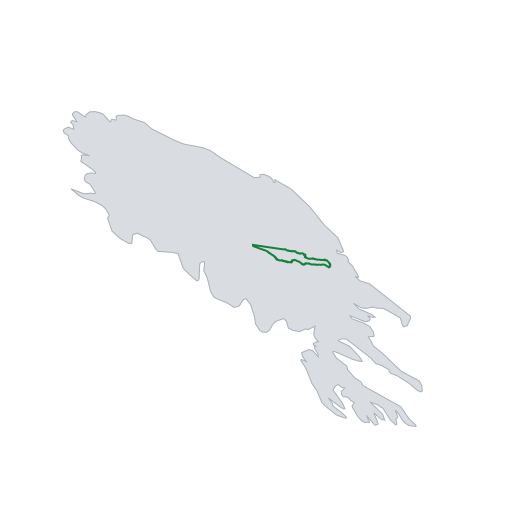 Hrunamannahreppur, Suðurland, Iceland shown in context, rotated 220°
{"feature_id": "244011B85072287894251", "entity_name": "Hrunamannahreppur", "entity_type": "district", "adm_level": 2, "iso_a3": "ISL", "parent_name": "Iceland", "parent_adm1": "Suðurland", "projection": "equal_earth", "projection_center": [-19.797, 64.432], "detail": "fine", "context": "in_parent", "style": "outline", "palette": "green", "viewbox_px": 512, "rotation_deg": 220, "n_neighbors": 0, "source": "geoboundaries", "source_scale": "gbopen_adm2", "svg_char_len": 8524}
<svg xmlns="http://www.w3.org/2000/svg" viewBox="0 0 512 512"><g transform="rotate(220 256 256)"><path d="M401.4,195.5L406.3,195.7L414.1,194.1L425.3,189.5L430.0,188.5L441.0,188.5L427.9,193.0L423.1,197.8L419.6,200.2L419.7,201.3L429.2,204.3L433.6,203.3L435.6,203.7L437.5,205.1L438.8,207.9L438.2,210.8L435.6,213.7L432.1,216.2L432.6,216.9L435.6,217.3L451.0,215.9L452.9,219.4L454.3,220.6L454.0,221.9L448.0,225.7L455.1,223.3L460.8,222.6L470.7,223.8L474.8,225.2L477.3,227.7L482.1,226.9L484.4,228.3L484.6,229.8L482.7,234.0L477.0,236.0L480.6,239.0L483.6,239.1L484.1,239.8L483.9,241.6L479.5,243.7L487.1,246.0L488.1,246.9L487.7,249.6L486.6,251.1L484.4,252.0L479.0,252.1L475.8,253.1L477.0,254.8L476.2,259.3L472.2,263.1L468.4,265.1L464.5,266.4L453.8,264.9L454.4,268.1L450.6,270.1L451.4,271.8L452.8,272.7L452.3,274.8L447.6,279.2L444.2,280.7L437.3,282.4L427.5,286.5L417.5,286.4L392.9,292.2L383.2,295.4L366.0,304.9L358.6,307.4L346.0,308.6L308.0,314.8L303.8,318.6L303.6,319.4L305.3,320.9L302.5,323.6L296.7,325.5L294.0,325.5L289.3,323.9L288.7,324.6L290.6,326.6L271.9,329.9L246.1,328.2L223.2,323.5L205.0,322.6L192.2,316.1L191.9,315.1L193.3,313.1L197.9,312.3L195.7,310.3L188.0,313.7L185.5,313.6L182.2,312.3L182.1,310.9L175.6,310.4L164.6,306.3L163.8,305.4L166.4,304.0L165.9,303.8L159.9,304.0L151.1,307.7L99.1,309.2L97.4,307.2L95.4,299.9L97.3,296.8L99.5,297.1L105.4,301.2L119.4,298.9L125.1,297.4L130.4,293.4L133.4,292.1L137.7,287.0L142.0,283.9L150.8,282.5L143.0,281.6L129.8,285.6L125.4,285.6L127.5,283.8L132.1,281.9L129.0,281.7L127.8,280.8L127.7,278.9L130.1,275.9L145.6,270.6L142.0,269.6L131.2,273.6L123.4,275.1L117.1,273.2L114.1,270.7L114.4,269.6L118.1,266.4L117.6,265.8L115.0,265.5L108.3,262.5L97.4,262.8L70.7,261.1L50.4,265.2L45.6,263.3L41.7,259.3L42.6,257.7L46.2,256.8L56.1,256.9L70.7,255.0L77.3,252.7L79.9,253.3L81.1,254.4L90.1,252.6L94.9,250.6L102.9,251.6L133.1,250.5L137.0,247.8L138.6,244.6L138.0,243.9L126.8,246.9L124.3,246.8L111.5,245.2L106.9,243.5L108.5,242.1L115.4,239.0L132.8,233.9L135.2,232.9L135.5,231.7L128.7,229.5L115.7,230.1L112.4,227.6L101.7,226.1L94.5,227.0L90.7,225.5L48.1,233.6L34.5,229.8L24.8,229.2L23.9,228.1L29.8,224.5L33.7,223.9L37.7,224.2L45.1,226.7L50.2,227.4L43.9,223.8L43.7,220.3L41.7,219.4L39.8,217.1L40.7,216.4L48.4,216.9L60.7,220.9L66.8,220.2L74.8,217.6L57.1,216.1L51.8,213.0L55.7,211.3L64.9,211.6L54.9,206.2L54.4,205.2L56.2,202.8L68.9,204.9L62.3,201.7L62.1,201.0L64.1,200.4L65.2,198.5L68.4,197.7L74.8,198.4L84.7,202.0L86.1,203.1L86.4,206.8L90.3,206.3L95.0,206.8L98.9,204.2L101.6,204.8L103.6,207.1L103.2,212.1L106.0,210.4L110.7,210.3L111.5,206.1L110.7,202.8L95.6,199.0L89.7,196.2L90.4,195.3L93.4,194.5L109.3,193.8L102.5,192.2L100.9,190.5L88.8,191.1L82.8,190.5L82.7,189.6L85.1,188.4L92.5,185.8L106.4,185.6L111.9,186.3L122.5,191.9L131.0,194.2L145.3,201.9L154.5,204.8L154.9,205.6L153.3,206.5L149.8,207.5L155.2,208.8L158.5,210.9L158.7,211.7L155.6,218.0L152.1,220.0L143.6,218.8L145.6,220.8L151.7,222.9L153.0,224.1L152.1,225.3L155.0,224.9L155.9,225.6L154.5,229.2L153.0,230.5L158.0,231.2L161.5,233.0L165.7,240.2L168.1,234.6L169.3,232.6L171.4,231.8L173.9,226.2L179.7,222.9L185.0,221.6L190.5,225.5L194.5,225.9L198.7,219.0L199.2,214.0L198.0,208.4L198.8,204.5L201.5,202.1L205.1,201.4L212.7,203.7L219.1,209.2L228.7,215.2L235.4,216.7L236.5,216.5L237.7,214.6L236.7,206.7L239.8,202.5L247.7,201.5L259.7,197.7L262.4,197.6L268.3,199.8L279.0,207.7L286.6,211.3L290.6,217.2L292.4,218.3L294.0,216.5L294.1,213.9L284.8,201.7L284.7,200.1L285.5,198.8L302.0,199.4L305.7,200.8L317.2,207.7L322.8,204.8L333.7,196.7L337.5,196.9L347.1,200.3L350.8,200.0L361.8,197.0L364.1,193.2L359.1,185.5L361.1,184.0L371.2,182.1L382.3,182.5L394.0,189.6L394.6,192.9L401.4,195.5Z" fill="#d9dde1" stroke="#a8b0b8" stroke-width="1"/><path d="M193.7,297.2L194.1,297.2L194.1,297.5L194.5,297.7L194.9,297.7L195.1,297.8L195.3,297.7L195.5,297.6L195.9,297.8L196.1,297.9L196.3,297.9L197.1,298.0L198.1,298.0L198.3,298.1L198.7,298.2L198.9,298.2L199.2,298.0L199.5,297.7L200.2,297.7L200.3,297.7L200.6,297.4L201.1,297.3L201.2,297.1L201.0,296.9L201.3,296.8L201.6,296.6L201.6,296.4L201.9,296.1L202.0,296.0L202.1,295.9L202.4,295.8L202.6,295.7L203.0,295.3L203.1,295.2L203.4,294.9L203.7,294.7L203.9,294.6L204.2,294.4L204.4,294.3L204.6,294.3L204.7,294.2L205.0,294.0L205.2,293.8L205.5,293.6L205.7,293.4L206.0,293.2L206.2,292.9L206.7,292.7L207.1,292.3L207.4,292.3L207.6,292.2L208.0,292.1L208.3,291.9L208.4,291.7L208.6,291.6L209.1,291.2L209.4,291.2L209.7,291.2L209.9,291.0L210.0,290.9L210.5,291.0L210.8,290.9L210.8,290.7L211.0,290.5L211.1,290.3L211.1,290.1L211.7,289.7L211.9,289.5L212.6,289.0L212.7,288.6L212.9,288.5L213.0,288.4L213.3,288.2L213.6,288.1L214.0,287.8L214.2,287.7L214.3,287.6L214.5,287.5L214.8,287.3L215.0,287.3L215.4,287.3L215.7,287.2L216.2,287.0L216.4,286.9L216.7,286.8L217.1,286.7L217.5,286.6L217.5,286.8L218.0,286.8L218.1,287.0L218.1,287.3L217.8,287.5L218.3,287.7L218.4,287.9L218.5,288.0L218.7,288.3L218.8,288.4L219.2,288.4L219.3,288.5L219.4,288.4L219.4,288.5L219.9,288.3L220.2,288.1L220.7,288.2L220.8,288.1L221.0,288.1L221.4,288.1L221.8,288.0L222.0,287.9L222.3,287.8L222.6,287.4L223.1,287.0L223.2,286.9L223.4,286.8L223.4,286.7L223.7,286.4L223.8,286.2L224.0,286.1L223.9,286.0L224.0,285.9L224.3,285.8L224.6,285.6L224.8,285.6L225.6,285.5L226.2,285.3L226.4,285.0L226.4,284.9L226.6,284.9L226.8,284.9L227.1,284.7L227.5,284.8L228.0,284.7L228.4,284.8L228.8,284.7L228.9,284.8L229.6,284.6L229.8,284.4L229.7,284.2L229.9,283.9L230.4,283.7L230.5,283.6L230.8,283.4L230.9,283.2L231.1,283.2L231.5,283.1L231.8,282.9L231.8,282.7L232.0,282.4L232.1,282.2L233.0,281.8L233.2,281.7L233.3,281.5L233.7,281.4L233.8,281.4L234.2,281.3L234.2,281.2L234.6,280.8L235.2,280.6L235.3,280.4L235.9,280.2L236.2,280.2L236.4,280.2L236.6,280.1L237.5,280.1L237.8,280.0L237.8,279.9L238.2,279.7L238.3,279.6L238.5,279.4L238.9,279.1L238.9,278.9L253.6,269.8L265.4,262.6L264.5,261.8L256.4,264.7L252.6,266.2L250.5,266.8L250.4,266.8L250.0,266.9L249.7,266.9L249.4,266.7L249.2,266.7L248.9,266.8L248.7,266.9L248.4,266.7L248.2,266.7L248.0,266.9L247.6,266.8L247.1,266.9L247.1,267.0L246.9,267.1L246.4,267.2L245.8,267.2L245.3,267.1L244.9,267.1L244.2,267.3L243.5,267.6L243.1,267.6L242.9,267.4L242.5,267.4L242.2,267.4L241.7,267.6L241.4,267.6L241.2,267.6L240.9,267.7L240.5,267.6L240.7,267.4L240.4,267.4L240.2,267.2L239.7,267.0L239.4,266.9L239.1,266.9L238.8,267.0L238.7,267.2L238.5,267.3L238.3,267.3L238.2,267.2L237.9,266.8L237.9,266.6L237.6,266.6L237.2,266.9L236.9,267.0L236.7,267.3L236.2,267.3L236.0,267.5L235.9,267.5L235.6,267.6L235.3,267.6L234.9,267.8L234.5,268.2L234.3,268.3L234.2,268.5L233.7,269.0L233.5,269.3L233.5,269.5L232.7,269.6L232.4,269.5L232.2,269.4L231.9,269.5L231.7,269.8L231.5,270.2L231.3,270.2L231.1,270.1L230.6,270.4L230.0,270.6L230.0,270.8L229.7,270.8L229.4,270.9L229.6,271.0L229.3,271.1L229.1,271.2L228.7,271.2L228.7,271.3L228.8,271.4L228.5,271.5L228.3,271.7L228.4,271.8L228.2,271.9L227.5,272.0L227.1,272.2L227.0,272.4L226.7,272.5L226.5,272.8L226.2,273.0L225.7,273.2L225.7,273.3L225.6,273.5L225.3,273.5L225.1,273.6L225.0,274.0L224.7,274.1L224.7,274.3L224.8,274.6L224.7,274.7L224.7,275.0L224.8,275.2L225.1,275.2L225.4,275.4L225.5,275.5L225.4,275.6L225.5,275.7L225.5,275.8L225.1,276.0L225.1,276.4L224.8,276.6L224.6,276.7L224.5,276.9L224.5,277.1L224.3,277.2L224.3,277.4L224.0,277.8L223.7,278.0L223.3,278.0L223.1,278.1L222.9,278.2L222.6,278.3L221.9,278.5L221.5,278.6L221.2,278.6L220.9,278.8L220.6,278.8L220.2,279.0L219.7,279.2L219.2,279.4L218.0,279.4L217.6,279.5L216.3,279.6L216.1,279.6L216.1,279.4L215.5,279.3L215.3,279.3L215.0,279.4L214.9,279.5L214.2,279.9L213.9,280.0L214.1,280.4L214.1,280.5L213.7,280.9L213.4,281.1L213.2,281.3L213.2,281.8L213.3,282.0L213.2,282.3L213.3,282.4L213.2,282.5L212.6,282.8L212.2,282.9L211.9,283.2L211.6,283.3L211.4,283.4L211.3,283.5L211.2,283.7L211.2,283.8L211.2,284.0L210.9,284.2L210.6,284.2L210.1,284.6L209.8,284.7L209.4,284.7L208.8,284.8L208.4,285.0L207.9,285.4L207.6,285.5L207.3,285.7L207.1,285.9L207.0,286.0L206.8,286.4L206.4,286.6L206.2,286.8L205.9,286.9L205.6,287.2L205.1,287.5L204.9,287.8L204.6,287.8L204.4,287.9L204.1,288.1L203.9,288.3L203.5,288.4L203.5,288.5L203.3,288.6L203.0,289.1L202.9,289.3L202.5,289.7L201.3,290.4L200.3,291.2L200.2,291.5L199.9,291.8L199.7,292.2L199.6,292.3L199.2,292.6L198.3,293.0L198.0,293.3L197.4,293.6L197.2,293.6L196.7,293.6L196.3,293.7L196.1,293.8L194.7,293.9L194.4,294.0L194.2,294.1L193.1,294.0L192.9,294.1L192.7,294.3L192.7,294.8L192.7,295.0L192.8,295.2L192.8,295.3L192.6,295.5L193.0,295.7L193.1,295.8L193.2,296.0L193.3,296.5L193.2,296.6L193.2,296.8L193.3,296.9L193.5,297.1L193.7,297.2Z" fill="none" stroke="#15803d" stroke-width="2"/></g></svg>